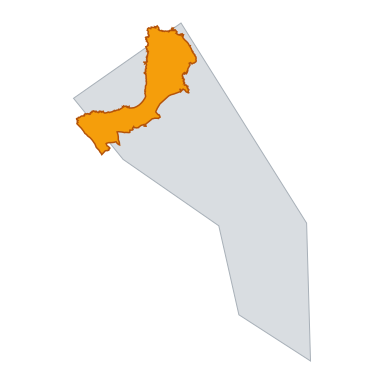 location of North Mahe, English River, Seychelles
{"feature_id": "34574756B41664711494427", "entity_name": "North Mahe", "entity_type": "district", "adm_level": 2, "iso_a3": "SYC", "parent_name": "Seychelles", "parent_adm1": "English River", "projection": "orthographic", "projection_center": [55.433, -4.604], "detail": "fine", "context": "in_parent", "style": "filled", "palette": "amber", "viewbox_px": 384, "rotation_deg": 0, "n_neighbors": 0, "source": "geoboundaries", "source_scale": "gbopen_adm2", "svg_char_len": 5857}
<svg xmlns="http://www.w3.org/2000/svg" viewBox="0 0 384 384"><path d="M306.6,223.1L310.5,361.0L238.9,314.8L218.8,225.8L123.1,159.4L73.5,98.3L181.0,23.0L306.6,223.1Z" fill="#d9dde1" stroke="#a8b0b8" stroke-width="1"/><path d="M187.8,92.6L188.0,92.4L188.7,92.8L188.8,92.6L188.0,91.7L188.7,90.1L188.4,90.1L188.5,89.5L187.7,88.7L187.5,88.1L187.8,88.0L187.7,87.8L187.0,86.8L187.8,86.5L187.7,86.2L187.0,86.5L186.5,85.5L186.4,85.6L186.0,85.2L185.0,85.1L185.2,84.9L184.4,83.5L183.9,83.6L184.4,82.7L184.1,82.5L184.3,82.3L183.8,81.7L183.8,81.3L183.4,81.3L183.4,80.6L183.9,80.4L183.9,79.9L184.2,79.7L184.0,79.4L183.7,79.4L183.7,78.9L183.2,78.7L183.6,78.4L183.4,78.1L183.0,78.4L182.7,78.2L182.9,78.0L182.9,77.3L182.7,77.3L182.7,76.4L182.4,76.4L182.3,75.3L182.5,74.7L183.2,74.0L182.9,73.8L183.3,73.9L183.5,73.7L183.3,73.5L183.5,73.3L183.7,73.5L183.9,73.3L184.4,74.0L184.7,73.7L184.3,72.9L184.9,72.0L184.7,73.3L186.0,73.8L186.1,73.2L186.5,73.3L186.7,72.5L187.1,72.6L187.6,71.1L187.2,71.0L187.4,70.7L187.7,70.8L187.8,70.3L187.6,70.2L187.9,68.7L190.0,65.0L189.9,64.5L189.2,63.7L189.4,63.0L190.0,63.1L190.6,62.6L192.0,63.9L193.3,63.1L194.2,63.0L196.0,61.6L196.2,60.8L195.9,59.3L196.1,58.3L195.9,56.9L195.0,55.9L194.8,55.5L194.9,55.3L194.7,55.3L193.8,53.5L192.8,52.6L192.9,51.9L192.7,51.9L192.5,51.2L192.2,51.3L192.0,50.9L191.3,48.9L189.8,46.2L189.8,45.9L190.0,46.1L190.2,45.7L189.4,45.7L188.1,43.3L186.8,41.8L184.5,39.7L183.0,37.8L182.4,36.5L182.6,36.1L183.2,36.0L183.3,35.1L183.5,34.8L183.0,34.6L182.6,34.7L182.4,34.1L182.1,34.4L182.0,34.1L181.3,33.9L180.9,34.0L180.8,35.1L180.4,34.7L179.6,34.6L179.7,35.0L179.4,35.1L177.2,34.3L176.8,33.5L176.9,33.1L176.7,32.8L176.3,32.9L176.8,32.1L176.6,32.1L176.3,31.2L175.3,29.9L174.9,29.7L173.9,30.5L173.2,30.3L173.4,30.5L172.8,30.5L172.9,30.0L173.1,30.2L173.4,29.9L172.8,29.3L173.2,28.3L172.8,28.5L172.2,28.0L172.1,28.5L171.6,28.7L171.8,30.2L171.3,30.1L171.0,30.6L170.1,30.3L169.1,30.7L169.3,31.5L168.4,31.8L167.5,31.1L166.7,31.3L165.7,31.0L164.8,31.3L164.1,31.1L164.0,31.4L162.8,30.9L162.5,31.3L161.8,31.0L161.6,30.5L161.0,30.7L159.6,30.5L159.2,29.8L158.7,29.9L158.4,29.6L158.8,28.7L158.7,27.8L157.2,25.9L156.1,26.9L155.6,26.8L155.9,27.1L155.8,27.9L154.9,27.8L154.4,27.3L153.1,27.5L151.2,27.1L150.8,28.6L149.9,28.4L149.0,27.9L148.8,28.1L148.5,28.0L147.6,28.8L147.7,29.3L147.2,30.3L148.0,31.0L148.3,31.6L148.4,32.1L148.0,32.9L148.0,33.9L148.7,34.6L148.6,35.0L149.1,35.8L148.5,37.0L147.9,36.6L147.1,37.2L146.4,37.0L145.9,37.2L146.0,37.7L145.7,37.8L146.4,38.7L146.1,38.9L146.3,39.2L146.0,39.2L145.9,39.5L146.8,40.2L146.8,40.7L146.5,41.1L147.2,41.5L147.2,41.9L148.0,42.9L148.2,43.6L147.8,44.5L148.1,44.9L148.0,45.5L147.2,45.9L146.9,46.4L145.9,46.7L146.2,47.3L146.1,47.9L146.8,48.8L146.7,49.6L147.0,49.5L147.0,49.9L147.7,50.9L147.9,51.2L147.6,51.4L148.2,51.4L148.4,51.8L148.2,52.2L147.8,52.2L148.0,53.4L147.5,54.7L147.6,55.3L147.1,55.7L147.4,56.8L147.0,57.0L146.7,56.8L146.4,57.0L146.4,57.5L146.8,57.9L146.7,58.4L147.0,58.9L146.9,59.9L146.7,60.0L147.0,60.4L146.7,61.1L147.2,61.3L147.3,61.6L146.2,62.8L145.9,62.2L145.7,62.5L144.5,62.2L144.6,62.4L144.3,62.5L144.8,62.9L145.0,63.4L145.3,63.4L145.2,63.6L145.6,63.4L146.0,63.6L146.6,64.9L146.3,65.8L145.9,66.3L145.9,67.4L146.1,67.6L146.3,68.5L145.4,69.1L145.7,70.6L145.4,70.6L145.4,71.2L145.7,71.6L145.2,72.6L144.4,72.5L144.2,72.9L144.5,73.4L145.3,73.6L145.6,73.3L145.9,73.8L145.6,74.5L146.1,75.2L146.0,76.2L146.2,77.4L146.0,77.9L146.1,78.8L146.4,79.1L146.1,81.2L146.4,81.4L146.4,84.0L146.0,85.3L145.5,85.9L145.4,88.9L145.0,89.7L144.9,91.5L145.0,91.8L145.3,91.7L144.9,93.6L145.3,94.3L145.6,96.5L145.0,98.0L143.1,100.9L141.6,102.7L139.3,104.9L136.8,106.5L134.1,107.7L131.6,108.0L129.3,108.0L128.7,107.3L129.1,107.1L129.1,106.8L128.8,107.1L128.4,107.0L128.5,107.3L127.9,107.6L127.2,107.3L127.5,106.6L126.7,106.7L126.4,106.4L126.3,106.6L125.3,106.2L124.6,106.5L123.6,105.9L123.1,106.8L122.7,106.7L123.0,107.3L119.3,109.7L118.7,109.4L118.6,109.9L117.0,110.1L115.3,110.8L114.7,110.4L114.3,110.5L114.4,110.9L113.1,111.2L112.3,111.7L109.3,112.5L109.1,112.2L108.3,112.0L107.9,112.1L107.8,112.4L104.9,113.1L103.9,112.6L103.2,111.4L102.9,111.8L102.4,111.6L102.2,111.9L101.5,111.5L101.1,111.7L101.1,111.9L100.7,111.6L100.6,111.3L99.7,111.1L99.3,111.3L99.4,111.7L99.0,111.8L99.1,112.2L98.5,112.6L97.3,112.3L96.4,111.3L96.0,111.3L95.7,111.7L95.5,111.3L94.7,111.3L94.6,111.5L93.8,111.0L93.4,110.9L93.2,111.2L92.2,111.2L91.9,111.6L92.0,112.2L91.6,112.7L91.0,112.4L90.5,112.6L90.1,113.6L90.2,114.0L89.4,113.9L89.4,114.3L89.2,114.4L88.4,113.8L87.8,113.8L87.4,113.6L86.6,114.0L85.6,113.8L84.9,114.0L84.5,114.2L84.1,115.1L84.5,115.5L84.4,115.8L81.3,116.1L79.3,117.6L78.4,117.4L78.0,118.2L76.6,118.6L76.6,119.1L76.8,119.6L77.5,119.8L78.1,120.5L77.3,120.9L77.2,121.2L77.9,122.5L76.9,123.1L77.0,123.8L81.3,128.2L83.6,131.2L84.9,133.4L86.5,134.5L87.6,135.9L90.2,137.8L92.4,140.3L95.0,144.1L96.3,147.4L99.2,150.4L100.0,152.0L100.9,153.0L101.8,154.6L105.3,150.8L105.9,150.6L107.2,150.7L108.7,150.2L108.5,149.3L109.0,149.3L109.8,148.3L109.8,147.9L107.9,146.2L107.1,145.9L106.1,143.6L106.5,143.3L108.9,142.6L111.6,142.6L114.1,142.3L116.0,141.7L117.0,143.1L118.4,144.4L119.6,144.9L119.3,142.2L118.3,139.7L118.3,136.8L117.9,134.4L117.1,131.9L118.3,131.7L121.9,132.0L124.6,132.6L125.8,132.4L129.0,132.6L129.8,132.4L129.9,130.2L132.1,130.1L133.0,129.6L132.5,128.3L133.7,126.6L134.2,127.7L135.1,127.6L136.3,127.9L138.6,127.6L138.7,127.2L140.9,125.5L144.0,124.5L144.1,126.1L146.0,126.2L145.5,124.3L152.4,118.7L153.5,118.6L154.6,118.2L157.8,118.3L158.4,118.5L159.2,117.7L160.1,117.1L159.4,115.2L158.9,114.7L158.5,114.9L157.7,114.3L155.8,112.0L155.8,111.6L157.3,108.3L160.0,103.8L168.7,95.9L170.9,94.8L174.1,93.9L180.1,91.7L180.5,92.0L181.4,91.0L180.4,90.4L180.0,89.5L180.1,89.3L181.1,90.2L182.3,90.0L183.1,89.1L184.2,89.8L184.9,89.9L185.0,90.3L186.1,91.8L187.8,92.6Z" fill="#f59e0b" stroke="#b45309" stroke-width="1.5"/></svg>